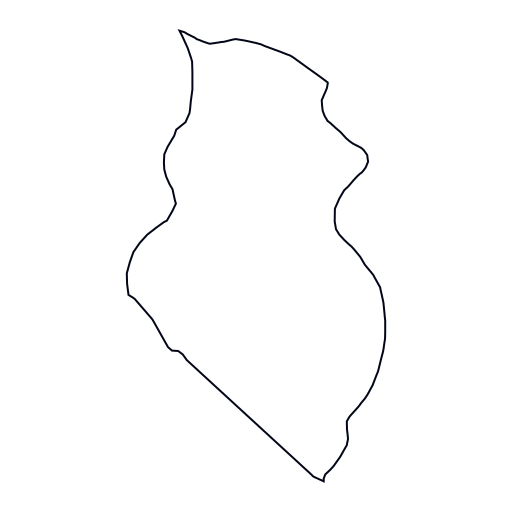 outline of Dame De Traversay, Anse-la-Raye, Saint Lucia
{"feature_id": "8701671B44154359269961", "entity_name": "Dame De Traversay", "entity_type": "district", "adm_level": 2, "iso_a3": "LCA", "parent_name": "Saint Lucia", "parent_adm1": "Anse-la-Raye", "projection": "robinson", "projection_center": [-60.986, 13.918], "detail": "fine", "context": "isolated", "style": "outline", "palette": "ink", "viewbox_px": 512, "rotation_deg": 0, "n_neighbors": 0, "source": "geoboundaries", "source_scale": "gbopen_adm2", "svg_char_len": 3177}
<svg xmlns="http://www.w3.org/2000/svg" viewBox="0 0 512 512"><path d="M152.7,319.9L168.0,347.1L172.0,350.6L178.2,351.0L182.8,354.5L186.8,360.1L304.0,467.8L309.8,473.1L311.2,474.4L312.5,475.7L313.6,476.7L323.3,481.1L323.7,481.3L323.7,478.5L325.3,474.4L330.3,469.7L333.5,466.2L333.8,465.8L340.2,456.8L341.5,454.5L343.9,450.2L346.1,446.4L346.8,445.2L347.0,443.8L347.3,442.4L347.7,440.6L348.0,438.9L347.9,437.4L347.3,431.9L347.0,429.5L346.8,421.3L347.4,420.3L349.3,417.0L350.4,415.6L356.1,409.3L358.0,407.2L359.6,405.2L361.0,403.2L364.1,399.5L364.7,398.8L366.6,396.0L367.5,394.6L369.5,391.0L370.8,388.5L372.3,385.9L373.0,384.2L374.0,381.6L376.3,375.6L377.5,372.7L378.0,371.4L378.3,370.3L379.5,365.5L380.8,360.2L381.8,356.3L383.0,351.7L383.1,351.2L383.5,349.1L384.1,344.9L384.4,342.7L384.7,341.2L385.0,338.8L385.1,337.2L385.1,336.8L385.2,331.7L385.2,329.7L385.2,326.5L385.2,320.6L384.6,315.0L384.6,314.5L384.5,313.5L383.4,302.5L383.1,301.1L381.7,294.6L381.2,292.6L380.4,288.9L380.2,287.8L380.0,287.0L379.6,286.4L375.4,278.9L374.6,277.5L373.2,274.8L372.9,274.5L370.9,272.0L369.8,270.7L364.9,264.8L360.8,257.8L360.5,257.2L354.1,249.4L352.0,247.1L351.8,246.8L349.8,245.1L348.9,244.3L346.1,241.7L344.3,240.0L340.6,236.0L339.3,234.6L337.8,232.1L336.1,229.4L335.9,228.6L334.7,221.5L334.7,220.6L334.8,214.8L334.8,214.1L334.9,208.8L335.7,206.8L337.1,203.7L337.4,203.0L339.3,198.6L340.2,197.1L341.8,194.3L344.3,190.1L348.1,186.6L350.6,183.7L351.1,183.1L353.4,180.4L357.4,176.1L359.9,173.8L361.6,172.6L362.3,171.9L363.3,170.7L364.8,168.7L365.7,167.5L366.2,166.3L367.6,162.8L368.1,161.7L367.8,159.6L367.5,157.5L367.2,155.0L366.9,154.6L364.0,150.5L363.6,150.0L362.9,149.4L362.5,149.0L361.5,148.1L359.8,147.1L356.5,145.4L356.0,145.2L353.1,143.7L349.7,141.3L347.1,139.1L345.9,138.0L345.0,137.0L342.0,133.7L341.4,133.0L339.4,131.1L335.7,128.0L333.5,125.9L332.4,125.0L331.1,123.7L328.1,121.3L327.7,121.1L327.2,120.3L326.1,118.4L325.3,117.2L324.9,116.4L324.7,116.1L322.7,110.9L322.1,105.9L322.0,104.1L321.7,100.2L322.6,98.2L324.0,94.9L324.3,94.2L325.2,92.3L326.7,88.6L326.9,88.1L327.3,86.0L327.8,83.1L327.7,82.5L326.7,81.7L321.9,78.1L317.4,74.8L308.4,68.4L302.2,63.9L296.8,60.0L295.2,58.8L293.5,57.6L291.6,56.4L290.4,55.7L289.8,55.4L286.8,54.3L280.2,51.7L273.4,49.2L264.9,46.1L263.5,45.5L261.2,44.4L257.8,43.5L256.1,43.0L255.5,42.9L254.2,42.6L252.5,42.2L246.5,40.9L244.1,40.4L239.5,39.7L236.5,39.2L235.2,39.1L233.2,39.5L231.8,39.8L229.1,40.5L224.7,41.6L223.1,41.9L221.0,42.0L218.6,42.5L217.8,42.6L215.7,42.9L215.4,43.0L213.1,43.3L211.0,43.6L209.4,43.7L206.7,42.8L202.4,41.3L201.9,41.1L199.3,40.0L198.4,39.7L196.7,39.1L195.5,38.2L194.5,37.5L193.0,36.8L192.0,36.3L187.2,33.9L184.6,32.3L183.5,31.9L181.5,31.3L179.5,30.7L182.5,36.6L187.8,48.3L191.1,58.1L192.1,61.6L192.4,72.2L192.4,89.6L190.8,101.3L190.1,108.9L189.5,113.1L185.5,122.2L176.2,129.7L174.2,135.8L167.6,146.8L164.3,154.3L163.9,162.7L164.3,169.5L166.2,176.7L169.6,184.3L172.5,189.2L174.9,200.2L175.9,203.6L172.5,210.8L166.9,220.6L163.9,222.1L157.0,227.1L147.3,234.6L139.7,243.0L133.4,252.1L129.8,262.3L126.8,273.3L127.1,283.9L128.5,294.9L132.6,297.4L134.7,298.9L151.8,318.7L152.7,319.9Z" fill="none" stroke="#020617" stroke-width="2"/></svg>